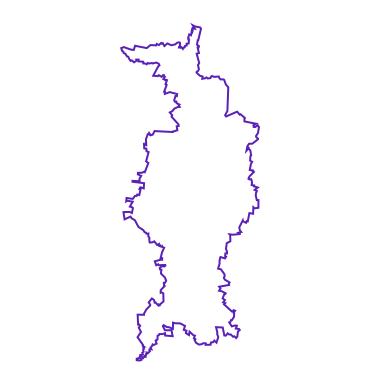 outline of San Pelayo, Córdoba, Colombia, rotated 268°
{"feature_id": "7082276B81203589950086", "entity_name": "San Pelayo", "entity_type": "district", "adm_level": 2, "iso_a3": "COL", "parent_name": "Colombia", "parent_adm1": "Córdoba", "projection": "mercator", "projection_center": [-75.907, 8.989], "detail": "fine", "context": "isolated", "style": "outline", "palette": "violet", "viewbox_px": 384, "rotation_deg": 268, "n_neighbors": 0, "source": "geoboundaries", "source_scale": "gbopen_adm2", "svg_char_len": 6008}
<svg xmlns="http://www.w3.org/2000/svg" viewBox="0 0 384 384"><g transform="rotate(268 192 192)"><path d="M71.2,227.7L78.6,220.1L79.8,221.3L80.6,219.3L82.8,221.2L84.6,218.9L88.7,220.7L88.8,221.6L89.6,222.1L91.8,218.2L92.4,215.6L94.6,217.1L96.4,215.9L97.8,225.8L98.9,225.6L100.3,226.4L103.3,221.7L105.1,220.8L106.7,221.7L108.8,221.5L113.8,218.1L114.5,215.4L119.6,217.1L122.3,217.1L125.5,217.9L126.0,218.2L124.5,222.7L126.2,223.8L126.9,222.8L129.5,223.3L129.4,224.8L131.4,224.9L133.8,224.0L139.6,224.9L141.4,228.6L147.4,228.7L148.4,228.0L147.9,231.4L148.3,238.3L148.9,238.3L149.7,237.1L150.3,239.8L152.0,238.5L155.0,238.0L161.9,241.8L160.9,242.0L159.3,244.9L160.9,245.6L160.6,246.7L168.9,248.6L168.1,252.3L174.7,252.8L173.5,254.0L173.9,257.8L181.6,258.1L181.6,256.5L186.3,255.6L188.7,255.9L190.7,256.9L191.9,254.7L194.2,257.9L195.5,254.1L196.4,254.3L196.8,251.9L199.0,252.3L202.1,251.9L202.8,251.4L202.6,249.7L203.2,248.9L205.5,249.9L209.9,254.6L211.2,253.7L210.6,253.4L211.6,252.2L212.0,250.5L218.1,251.9L220.0,253.2L221.3,251.2L225.8,251.6L226.6,252.4L231.6,251.7L233.1,250.2L235.2,250.0L233.0,249.4L231.4,247.9L235.7,248.9L238.2,250.7L238.2,254.0L242.4,259.8L243.1,259.8L244.5,258.2L245.6,257.9L248.7,260.0L254.5,261.2L256.4,260.0L254.7,257.4L254.9,255.9L256.5,255.7L258.0,258.4L260.7,246.9L263.1,246.9L264.1,247.5L268.0,243.2L267.6,242.4L270.7,239.9L266.3,228.7L267.6,227.8L271.8,230.2L295.4,231.9L298.2,229.6L302.9,228.1L303.4,227.5L303.5,224.5L304.7,223.4L306.5,222.8L306.3,218.0L307.2,216.1L306.8,215.2L305.2,214.4L304.9,211.7L306.0,210.5L305.1,208.8L304.8,206.2L307.0,206.7L308.0,203.8L311.2,200.7L311.8,200.8L313.0,202.5L314.5,203.2L318.7,202.4L320.6,203.7L330.1,201.5L330.6,203.8L336.3,202.6L336.7,203.0L336.4,203.7L337.5,204.1L339.0,202.1L343.4,203.0L343.4,203.5L354.9,206.7L356.2,205.9L357.3,200.9L358.6,198.6L355.1,200.5L355.8,198.2L353.8,197.5L353.6,198.3L352.2,198.0L351.3,197.7L351.6,197.1L348.7,196.5L349.6,194.7L346.0,193.5L345.7,194.0L344.5,193.7L344.2,194.3L340.5,193.8L340.4,191.8L338.6,191.8L338.2,190.1L337.2,189.9L336.4,188.9L336.6,188.4L335.3,187.8L338.1,185.5L337.5,185.1L336.0,186.0L336.9,185.2L336.9,184.0L337.4,184.1L337.5,184.8L341.0,185.3L341.9,184.9L342.0,184.1L341.7,182.4L340.1,180.3L339.4,176.5L341.3,172.5L338.8,169.5L341.1,168.3L341.2,167.6L341.8,167.8L342.1,166.5L340.0,164.1L341.2,161.9L339.8,161.4L340.3,155.6L337.4,151.8L340.1,140.2L336.0,138.8L336.5,135.8L339.2,128.9L338.3,126.3L335.5,127.0L334.7,128.3L333.3,128.5L332.5,130.3L329.8,131.7L329.4,133.0L326.7,134.1L326.3,133.5L326.5,134.3L325.8,135.2L325.0,134.4L325.6,136.5L323.6,138.6L325.0,140.9L326.3,140.9L326.2,143.2L324.4,143.0L323.9,147.8L322.2,147.8L322.0,149.9L321.2,151.2L322.5,152.3L321.9,153.4L322.3,156.6L321.8,157.2L322.6,160.7L321.4,163.2L319.7,163.9L318.7,162.6L309.5,157.3L309.0,162.0L309.9,162.9L308.1,165.7L309.9,167.3L309.7,168.0L309.0,167.7L308.1,168.9L305.9,167.3L304.6,169.6L305.1,169.7L304.7,170.9L300.7,169.3L300.0,170.4L293.2,167.7L293.1,168.4L291.0,168.3L292.6,173.3L290.4,180.6L288.3,180.2L288.5,178.8L284.2,177.4L282.8,178.1L282.9,179.5L281.3,179.7L280.2,181.8L280.1,181.4L277.5,182.7L277.4,180.6L275.9,177.2L273.5,175.2L272.3,172.6L269.4,174.9L268.0,174.2L260.1,180.8L258.5,181.0L258.2,179.0L254.2,179.5L253.1,175.0L252.6,174.9L254.2,156.8L250.7,154.7L250.1,152.7L252.3,151.3L251.4,151.0L251.9,150.6L251.3,149.8L246.3,147.8L241.3,147.9L241.7,147.4L240.6,147.4L241.5,145.7L237.3,145.8L236.9,147.9L234.3,148.0L233.4,150.0L224.2,147.2L222.6,149.4L213.5,145.6L214.0,144.9L213.0,142.9L213.0,138.6L211.5,138.5L209.9,141.8L207.2,140.0L204.6,140.0L205.2,133.0L204.3,132.9L202.5,144.4L197.3,143.9L198.5,140.6L196.8,139.6L196.5,140.7L190.8,139.2L191.4,137.2L190.0,136.6L190.1,134.9L187.2,132.5L188.3,126.4L184.9,125.9L185.5,127.0L184.4,132.4L179.6,129.4L178.8,131.7L178.0,132.4L173.1,131.2L174.3,129.0L174.3,122.8L167.0,123.7L169.6,129.7L167.9,130.7L165.8,133.9L158.9,137.3L155.5,142.1L153.5,143.2L153.0,144.6L152.0,145.0L152.0,147.0L149.5,146.7L147.5,147.9L146.0,147.6L143.0,148.0L143.1,150.7L144.0,152.6L140.3,155.3L141.2,157.1L139.8,157.0L139.8,158.1L139.1,157.8L138.4,159.5L138.8,160.1L138.3,160.1L137.3,162.2L132.6,159.9L126.6,158.2L126.8,159.9L125.3,159.8L125.4,158.2L124.0,152.4L120.0,153.7L120.9,155.7L120.0,156.1L120.0,162.7L119.3,162.8L118.5,161.7L118.9,159.4L117.2,157.1L115.6,157.4L115.4,158.7L111.6,158.1L107.6,161.9L104.2,163.1L102.2,161.8L102.2,160.7L99.5,160.8L99.0,161.4L95.0,157.3L92.4,157.2L92.7,158.1L91.7,159.8L83.6,159.7L80.9,156.2L79.9,155.9L79.6,154.9L80.7,154.5L80.3,153.9L82.9,151.7L82.7,150.8L85.4,150.3L87.0,148.2L83.2,144.9L81.1,146.2L80.1,146.3L76.2,142.3L72.1,139.8L71.0,139.8L71.3,133.4L61.4,133.5L61.5,134.5L60.0,135.5L58.4,134.1L53.8,136.1L48.8,132.5L40.8,137.7L39.8,137.6L39.3,138.3L39.3,137.7L37.9,138.4L37.5,138.0L36.9,138.5L35.9,137.7L34.0,138.0L33.0,136.7L31.3,137.2L30.8,134.5L29.4,134.9L29.2,134.1L28.1,134.2L27.3,130.9L25.8,130.9L25.4,134.0L26.0,135.6L26.8,135.5L27.6,136.6L28.5,136.7L27.8,137.4L28.6,137.9L29.0,139.8L30.0,139.1L30.5,140.2L31.9,140.5L32.0,141.4L33.2,141.1L32.8,142.7L34.5,144.5L35.7,143.8L36.3,144.1L36.7,145.1L36.4,145.9L38.1,145.2L39.6,146.8L41.0,147.3L40.4,148.2L41.7,151.3L44.9,150.5L45.7,152.3L49.6,152.6L50.0,153.8L51.2,154.4L51.0,157.5L51.8,160.1L49.5,160.1L48.6,167.6L54.5,166.7L54.8,160.1L59.0,158.2L59.9,159.0L58.0,162.0L57.6,164.5L55.9,168.1L62.1,168.5L61.4,170.6L61.1,175.7L58.4,180.3L54.5,179.0L53.6,181.6L51.3,180.9L49.1,184.0L52.5,184.7L49.0,188.2L48.3,189.9L45.8,188.8L44.8,190.2L44.0,189.4L41.1,190.8L39.3,193.6L39.5,196.2L40.5,198.0L40.2,200.5L38.8,200.3L38.7,205.2L41.0,205.7L41.1,207.8L42.7,209.1L40.6,211.2L46.1,213.2L49.1,212.2L51.0,212.4L56.1,211.3L55.5,218.0L47.5,219.3L47.3,220.8L49.5,222.7L48.3,224.1L48.2,225.9L45.9,228.0L46.3,229.3L44.5,231.0L46.0,232.3L50.9,233.0L52.4,234.9L53.4,234.3L54.0,231.0L56.8,232.2L57.1,230.3L56.3,227.1L60.4,224.7L60.8,225.8L62.6,226.5L62.5,227.4L65.8,229.6L68.8,229.9L69.7,229.3L71.8,230.9L72.4,229.4L71.6,229.0L71.2,227.7Z" fill="none" stroke="#5b21b6" stroke-width="2"/></g></svg>